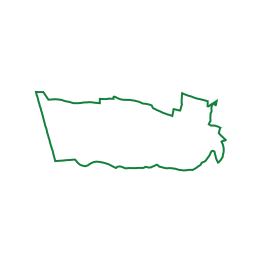 Khan Na Yao, Bangkok Metropolis, Thailand (Equal Earth projection), rotated 111°
{"feature_id": "78962969B51351558142585", "entity_name": "Khan Na Yao", "entity_type": "district", "adm_level": 2, "iso_a3": "THA", "parent_name": "Thailand", "parent_adm1": "Bangkok Metropolis", "projection": "equal_earth", "projection_center": [100.671, 13.819], "detail": "fine", "context": "isolated", "style": "outline", "palette": "green", "viewbox_px": 256, "rotation_deg": 111, "n_neighbors": 0, "source": "geoboundaries", "source_scale": "gbopen_adm2", "svg_char_len": 5527}
<svg xmlns="http://www.w3.org/2000/svg" viewBox="0 0 256 256"><g transform="rotate(111 128 128)"><path d="M71.0,54.9L73.7,56.8L75.7,58.4L78.5,60.3L79.1,60.8L79.2,61.5L74.4,63.2L74.5,63.8L74.8,67.4L75.0,69.0L75.6,73.2L75.7,73.4L75.8,74.1L75.9,76.1L76.0,78.0L75.9,78.8L75.9,79.6L75.9,80.3L75.9,80.9L76.1,81.7L76.2,83.0L76.2,85.9L76.3,87.9L76.2,88.6L76.1,89.9L76.7,89.8L78.3,89.3L84.8,87.2L85.0,87.0L85.7,86.8L86.5,86.1L88.9,86.0L90.3,85.8L90.6,85.8L90.8,85.8L91.3,85.7L92.3,85.6L92.9,85.5L93.1,85.6L93.6,89.3L93.8,90.8L93.9,91.8L94.1,92.2L96.1,91.8L96.5,91.7L97.0,91.6L97.8,91.4L99.0,91.3L99.7,91.2L100.9,91.0L100.9,92.0L101.0,94.5L101.2,95.7L101.2,96.0L101.2,97.8L101.2,98.7L101.2,99.0L101.3,99.8L101.3,100.9L101.1,102.4L101.0,104.2L100.9,106.8L100.9,107.7L100.8,107.9L100.7,109.0L100.6,109.7L100.6,111.0L100.4,111.8L100.2,112.0L99.8,112.5L99.4,113.0L99.1,113.3L98.7,113.7L98.5,113.9L98.4,114.5L98.5,116.3L98.6,117.1L98.9,119.3L98.9,119.5L99.7,122.3L99.8,123.0L99.7,125.4L99.6,126.2L99.6,127.6L99.9,129.3L100.0,130.8L100.3,132.7L100.5,133.4L100.8,134.5L101.0,135.8L101.2,136.6L102.1,138.9L102.2,139.2L102.3,139.9L102.5,140.3L102.6,140.5L102.8,141.0L103.0,141.4L103.2,142.0L103.9,145.2L103.9,146.0L103.9,147.7L103.9,148.6L103.7,150.1L103.6,150.7L103.6,151.4L103.6,151.7L103.7,152.1L103.9,152.5L104.0,152.6L104.8,152.5L105.9,152.0L106.9,154.7L107.5,156.7L108.1,157.1L108.3,157.8L109.0,159.1L110.3,162.9L110.9,164.7L112.8,164.1L114.9,163.2L116.3,168.0L117.0,171.1L117.2,171.8L117.9,173.6L118.4,174.7L119.2,176.4L119.3,176.8L119.7,177.8L120.1,178.5L120.4,179.1L120.5,179.2L120.6,179.4L121.5,181.0L122.4,182.8L123.0,184.1L123.4,185.3L123.7,186.1L124.0,187.0L124.3,187.5L124.4,188.1L124.6,191.3L124.9,193.3L125.4,195.9L125.5,197.3L125.6,199.7L125.7,200.6L126.0,201.7L126.4,203.6L127.0,205.5L127.3,206.6L127.7,207.2L127.8,207.6L128.1,208.3L128.4,208.8L129.8,211.8L130.1,212.4L127.9,215.5L124.8,220.0L125.9,222.8L126.7,224.8L127.3,226.8L128.6,226.0L129.4,225.4L129.9,225.0L130.1,224.9L130.5,224.5L131.6,223.6L133.3,222.3L134.6,221.5L135.6,220.8L136.6,219.9L137.8,219.0L138.6,218.5L138.9,218.4L140.3,217.1L141.1,216.4L141.7,216.1L143.1,215.0L143.5,214.8L143.9,214.4L145.3,213.3L149.1,210.6L150.7,209.5L152.6,208.1L154.1,207.1L155.4,206.2L155.5,206.0L156.3,205.5L156.6,205.1L157.7,204.1L158.7,203.5L159.2,203.1L159.9,202.6L160.5,202.2L161.4,201.7L163.2,200.2L165.3,198.7L167.1,197.2L169.2,195.8L173.7,192.4L174.2,191.9L175.2,191.1L176.0,190.4L176.8,189.8L177.4,189.4L178.1,188.9L179.1,188.3L185.0,184.0L184.6,183.3L183.8,181.6L182.2,178.1L179.9,173.5L178.7,170.8L178.3,170.0L177.1,167.6L176.5,166.1L176.6,165.7L177.2,164.7L177.7,163.9L178.3,162.8L179.2,160.6L179.5,159.2L179.5,158.6L179.5,158.1L179.4,156.4L179.3,155.8L179.2,155.1L179.0,154.2L178.9,154.0L178.7,153.8L177.9,152.8L177.3,152.2L176.9,151.8L175.3,150.8L174.1,149.8L172.5,148.2L171.7,147.2L170.8,145.5L170.6,145.0L169.9,142.5L169.6,141.1L169.6,140.7L169.4,140.0L169.2,138.5L169.2,138.2L169.0,136.8L168.9,134.7L168.8,133.3L168.9,131.5L169.0,131.2L169.1,130.6L169.3,128.8L169.4,127.9L169.4,127.3L169.7,125.4L169.5,124.8L169.4,124.8L169.3,124.7L168.2,124.2L167.5,123.2L167.1,122.5L166.8,121.6L166.5,120.3L166.5,119.7L166.6,117.5L166.6,117.2L166.5,116.6L166.5,115.7L166.3,115.2L165.9,114.4L165.4,113.6L164.7,111.8L164.3,110.7L163.5,108.4L162.9,107.0L161.2,103.2L160.8,102.1L160.3,100.7L159.8,99.5L159.6,99.3L159.2,98.7L158.1,97.9L157.9,97.5L157.8,97.1L157.7,96.5L157.7,95.6L157.5,94.7L157.3,93.9L156.8,93.1L156.6,92.5L156.3,92.3L155.2,91.2L154.0,89.9L153.8,89.7L152.2,88.3L152.1,88.0L151.9,87.4L152.0,87.1L152.4,86.0L152.8,85.3L152.8,85.0L152.8,84.6L152.5,82.8L152.5,82.2L152.4,81.7L152.2,79.5L151.8,77.6L150.7,75.2L150.4,74.4L149.9,72.9L149.8,72.4L149.7,71.6L149.3,70.2L149.2,69.9L149.1,69.5L149.0,68.0L149.0,67.5L148.9,66.4L148.6,64.5L148.2,63.2L148.1,62.4L147.5,60.4L146.3,58.0L145.6,56.8L145.0,55.5L144.7,54.8L144.2,53.3L144.2,52.9L143.6,52.4L142.8,51.6L141.4,50.5L139.9,49.4L139.3,49.1L138.3,48.5L138.0,48.1L137.2,47.5L136.5,47.1L135.7,47.0L134.4,46.8L133.9,46.5L133.5,46.2L132.2,44.8L131.6,44.3L131.4,44.2L131.2,44.1L130.7,43.8L129.7,43.5L129.2,43.4L128.3,43.1L126.7,42.8L126.2,42.5L125.3,42.3L125.1,42.3L124.8,42.2L123.9,42.0L121.9,42.0L120.6,41.8L119.8,41.6L119.3,41.4L119.1,41.1L119.0,40.9L119.0,40.7L118.9,39.2L119.0,38.9L119.8,38.3L121.0,37.6L121.4,37.2L123.9,35.5L124.8,34.9L125.2,34.5L126.0,33.7L126.5,33.3L126.7,33.1L127.6,31.8L128.0,31.5L127.5,31.1L127.2,31.0L126.9,30.8L126.2,30.6L125.7,30.4L125.0,30.1L123.9,29.8L123.3,29.7L122.5,29.6L122.3,29.5L121.3,29.2L120.5,29.5L120.0,29.6L119.3,29.7L119.2,29.7L118.8,29.8L118.5,29.9L118.1,29.9L117.0,29.9L116.8,30.0L116.1,30.2L115.5,30.3L114.4,30.7L113.7,31.0L113.2,31.2L112.3,31.6L111.8,31.9L110.3,32.9L109.0,34.0L108.0,35.0L107.6,35.5L107.4,35.8L107.2,35.8L106.7,35.5L106.2,35.0L105.8,34.5L105.3,33.5L104.3,32.4L104.1,32.5L103.7,33.3L103.5,34.2L102.9,35.5L102.7,36.0L102.3,36.8L101.8,38.3L101.1,39.7L100.5,40.9L100.4,41.3L100.2,41.4L99.7,41.4L99.4,41.5L96.2,41.9L95.1,41.9L94.8,41.8L94.8,42.2L94.6,43.1L94.4,43.6L94.4,43.9L94.4,44.1L94.6,46.1L94.6,47.0L94.6,47.6L94.8,48.1L94.9,49.0L95.1,49.2L95.4,49.5L95.6,50.1L95.6,50.5L95.9,51.2L96.0,51.7L95.9,51.9L95.8,52.6L95.6,53.4L95.5,53.9L94.7,53.8L94.4,53.9L94.0,53.9L92.7,53.7L92.2,53.5L91.6,53.7L91.1,53.7L91.0,53.8L90.1,54.3L89.5,54.6L84.5,56.2L83.5,56.0L82.8,55.9L79.8,57.1L79.3,57.2L78.9,57.4L78.4,57.6L77.3,57.6L77.0,57.7L76.5,57.9L76.3,57.9L74.8,56.7L75.0,55.5L75.2,54.6L75.3,54.3L75.2,54.2L74.0,54.4L71.0,54.9Z" fill="none" stroke="#15803d" stroke-width="2"/></g></svg>